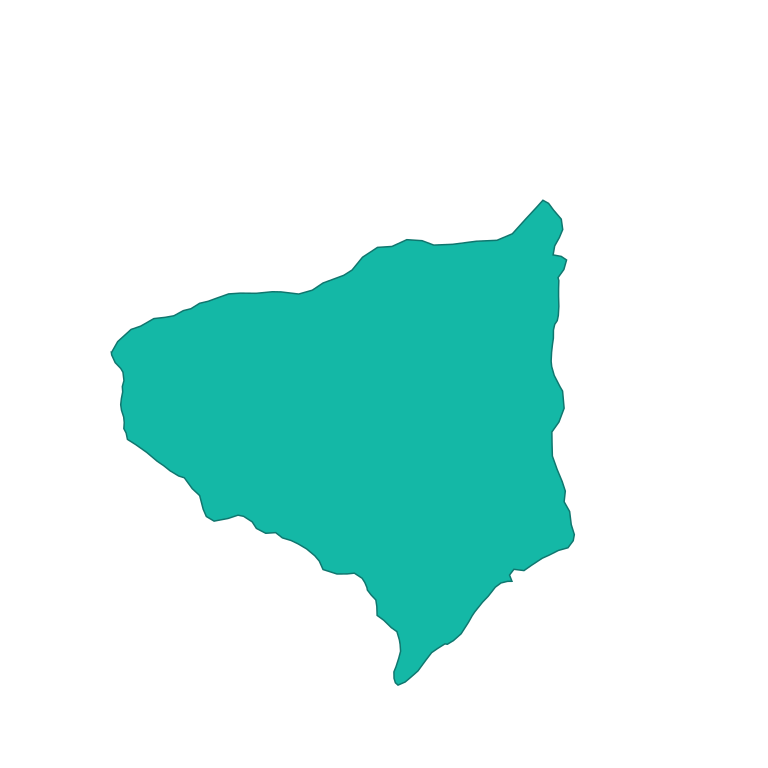 Gobustan District, Qobustan, Azerbaijan (Mercator projection), rotated 304°
{"feature_id": "54616110B43271825035432", "entity_name": "Gobustan District", "entity_type": "district", "adm_level": 2, "iso_a3": "AZE", "parent_name": "Azerbaijan", "parent_adm1": "Qobustan", "projection": "mercator", "projection_center": [48.924, 40.545], "detail": "fine", "context": "isolated", "style": "filled", "palette": "teal", "viewbox_px": 768, "rotation_deg": 304, "n_neighbors": 0, "source": "geoboundaries", "source_scale": "gbopen_adm2", "svg_char_len": 2223}
<svg xmlns="http://www.w3.org/2000/svg" viewBox="0 0 768 768"><g transform="rotate(304 384 384)"><path d="M257.6,140.4L255.8,142.0L251.4,149.2L249.7,157.0L247.8,161.0L241.4,166.5L235.5,168.5L231.3,171.8L225.1,174.4L219.6,177.3L215.5,181.0L211.0,186.7L206.8,190.2L201.5,193.3L199.2,197.6L194.6,202.3L194.9,211.5L194.6,225.5L193.1,239.4L193.1,246.8L192.4,255.4L192.9,265.2L194.6,270.9L190.0,283.6L188.4,293.6L179.1,304.1L174.8,310.8L175.3,319.8L185.3,329.9L193.6,336.3L195.8,341.6L196.0,351.8L192.9,359.0L194.1,369.4L200.2,377.3L199.6,385.8L202.3,394.5L203.4,402.1L204.0,412.0L202.9,422.7L201.0,429.4L196.1,437.2L200.2,451.3L206.0,459.7L210.6,465.2L210.7,474.5L208.7,479.1L205.7,483.7L203.9,485.4L201.9,491.3L200.4,498.0L195.5,502.5L188.3,507.7L188.0,515.9L186.1,526.2L185.9,533.2L180.4,539.9L177.1,543.0L171.7,547.2L165.1,549.5L156.5,552.0L150.9,553.2L145.6,556.9L142.7,560.5L142.2,564.0L148.8,568.2L155.9,570.2L165.1,572.6L178.0,573.1L187.9,573.7L194.6,576.3L202.6,579.8L203.7,582.1L209.2,584.6L209.9,585.0L220.0,587.6L233.5,587.3L241.1,586.7L246.0,586.7L258.2,587.7L266.4,589.1L277.8,589.9L284.4,592.2L289.4,596.7L292.0,600.4L295.8,594.9L303.0,595.3L307.6,604.4L316.0,607.6L328.0,612.6L334.3,616.5L343.6,621.7L351.1,628.1L359.9,628.5L365.6,626.0L372.2,617.8L382.1,609.2L387.1,599.2L396.6,594.2L402.7,586.4L410.0,575.3L418.4,563.9L427.9,557.1L438.1,550.0L450.3,550.3L464.6,546.9L478.0,536.0L480.2,531.4L482.8,526.7L486.3,520.3L492.2,513.3L496.4,509.8L504.0,505.2L511.1,501.5L516.7,498.8L523.5,494.3L528.9,492.2L533.4,492.2L538.3,490.2L546.2,485.5L554.3,479.7L560.4,475.6L567.5,471.1L569.5,468.8L579.5,469.1L588.9,466.0L588.9,459.6L585.6,452.0L593.9,448.3L603.4,447.5L612.0,445.8L619.8,438.8L623.0,427.3L625.8,419.4L625.2,413.0L615.3,411.6L599.9,409.2L580.3,406.4L566.3,397.3L553.9,380.6L538.2,362.8L527.0,347.6L524.1,335.4L516.4,322.2L502.5,313.7L493.6,302.2L477.1,295.3L460.6,293.8L451.5,289.8L433.7,277.0L421.7,272.1L410.9,263.0L402.8,247.2L398.1,239.9L387.7,227.3L379.0,214.1L371.8,204.8L361.1,196.9L354.3,192.0L347.8,186.0L338.8,182.0L338.5,181.9L332.6,176.6L323.0,171.6L316.9,165.3L309.5,156.6L295.9,149.9L287.8,143.8L270.3,139.5L257.6,140.5L257.6,140.4Z" fill="#14b8a6" stroke="#0f766e" stroke-width="1.5"/></g></svg>